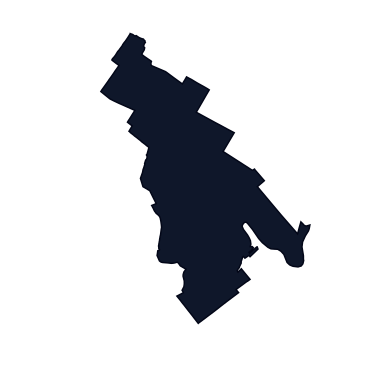 Independenta, Galati, Romania, rotated 297°
{"feature_id": "2599482B33711175707299", "entity_name": "Independenta", "entity_type": "district", "adm_level": 2, "iso_a3": "ROU", "parent_name": "Romania", "parent_adm1": "Galati", "projection": "orthographic", "projection_center": [27.763, 45.478], "detail": "fine", "context": "isolated", "style": "filled", "palette": "ink", "viewbox_px": 384, "rotation_deg": 297, "n_neighbors": 0, "source": "geoboundaries", "source_scale": "gbopen_adm2", "svg_char_len": 5259}
<svg xmlns="http://www.w3.org/2000/svg" viewBox="0 0 384 384"><g transform="rotate(297 192 192)"><path d="M305.1,65.0L304.6,65.1L303.8,65.0L300.4,64.7L298.0,64.4L296.5,64.2L295.9,64.1L295.5,64.0L294.1,63.7L292.0,63.4L290.4,63.4L287.0,62.8L286.5,62.7L284.9,62.5L284.1,62.2L283.3,62.0L282.7,62.0L280.8,61.8L280.6,61.9L278.6,61.6L276.9,61.3L276.3,61.1L275.1,60.8L274.7,60.7L273.7,60.6L273.3,60.7L273.1,60.9L272.6,63.8L272.1,66.4L271.8,68.7L271.7,69.5L270.0,69.3L268.5,69.1L267.6,69.0L265.9,68.7L265.3,68.6L262.5,68.3L261.7,68.2L259.5,67.9L258.1,67.7L256.7,67.5L254.9,67.2L254.3,67.1L253.2,67.0L251.7,66.8L249.1,66.4L244.4,65.7L243.8,65.6L241.8,65.3L240.1,65.2L238.4,73.3L237.7,76.6L237.7,80.8L237.9,87.3L238.0,88.6L238.1,90.6L238.4,96.3L238.8,104.1L238.3,104.0L235.9,103.8L235.4,103.8L235.0,103.7L234.9,103.7L234.6,103.7L234.4,103.7L234.0,103.6L233.8,103.6L232.7,103.5L232.3,103.5L230.2,103.3L228.9,103.2L226.4,102.9L225.7,102.9L225.0,102.8L224.9,102.8L223.9,107.8L223.8,108.7L220.7,108.5L217.5,108.3L217.4,109.4L217.0,109.8L216.1,114.6L215.9,115.0L215.4,118.0L214.8,120.8L214.5,122.5L214.3,123.2L214.1,123.8L213.7,125.4L213.7,125.7L213.6,126.4L213.4,127.3L213.2,128.6L213.1,129.0L212.8,130.1L212.6,131.0L212.6,131.5L212.2,133.2L212.0,133.4L211.6,133.5L211.1,133.6L207.8,134.3L206.8,134.5L205.4,134.8L204.9,134.7L204.7,134.7L204.3,134.6L204.0,135.0L203.9,135.3L203.9,135.6L203.6,135.8L203.3,135.8L203.2,135.8L203.0,136.0L202.9,136.1L202.7,136.1L202.4,136.2L201.8,136.5L201.2,136.5L200.4,136.6L200.0,136.6L199.8,136.6L199.6,136.3L199.5,136.2L195.8,136.9L195.7,137.3L195.2,137.4L191.2,138.1L190.8,138.1L189.9,138.2L189.5,138.3L188.2,138.7L187.5,138.9L186.7,139.1L180.7,139.9L174.5,145.9L174.0,153.8L169.6,159.7L165.4,165.4L161.7,162.2L161.1,163.1L160.5,163.9L160.2,164.4L158.8,166.2L158.6,166.4L158.2,167.0L157.8,167.6L157.5,168.3L157.1,169.2L156.7,169.7L156.6,170.3L156.5,171.0L156.3,171.6L156.2,172.2L156.0,172.9L155.9,173.2L155.7,173.6L155.3,174.3L154.9,174.9L154.7,175.2L154.4,175.5L154.1,175.7L152.9,176.7L151.6,177.7L150.3,178.6L149.0,179.5L147.6,180.4L147.1,180.7L146.8,180.9L146.3,181.1L144.9,181.5L143.5,182.0L142.1,182.5L140.7,183.0L139.5,183.4L138.9,183.6L138.5,183.6L138.2,183.7L137.5,183.9L136.4,184.3L136.2,184.3L135.0,184.7L133.7,185.2L132.5,185.5L131.8,185.8L131.2,185.9L130.5,186.2L130.2,186.3L129.4,186.5L129.0,186.6L128.5,186.8L128.3,187.0L128.1,187.2L128.0,187.4L127.8,187.5L127.4,187.6L127.1,187.7L126.9,187.8L126.7,188.0L126.4,188.4L126.3,188.7L126.2,189.0L125.8,189.2L125.7,189.3L125.5,189.2L125.2,189.2L124.9,189.0L124.8,188.8L124.7,188.6L124.4,188.5L124.3,188.3L124.2,188.2L124.0,188.3L123.1,188.5L122.4,188.8L120.6,189.4L119.8,189.6L119.5,189.8L115.8,194.3L115.5,196.1L115.6,196.7L115.9,197.9L116.5,199.4L117.6,202.0L118.4,204.1L119.1,206.0L119.9,207.3L120.9,208.7L122.8,210.7L122.4,212.3L120.9,215.1L120.5,221.7L117.1,221.1L114.5,221.6L112.9,222.3L109.2,225.5L106.5,226.9L103.9,227.8L101.7,227.8L99.9,227.8L98.7,229.7L98.3,230.0L96.6,228.8L95.6,228.1L92.4,225.8L92.0,226.7L91.6,227.6L90.0,231.2L89.2,232.8L88.1,235.2L88.1,235.3L86.4,238.9L84.7,242.5L81.3,249.9L81.2,250.0L77.8,257.2L78.1,257.3L96.1,266.1L106.9,271.1L108.0,271.7L109.8,272.5L123.5,279.2L125.1,275.5L137.7,281.8L137.7,282.0L140.5,283.4L142.0,279.9L145.4,272.1L146.0,270.8L141.4,269.4L141.5,269.0L142.1,268.8L142.4,268.0L142.7,268.0L143.9,268.0L145.7,268.4L146.4,268.4L147.4,268.2L151.0,268.1L152.2,267.4L155.0,267.0L157.2,266.6L157.9,266.9L157.1,269.2L161.5,271.6L160.7,273.1L166.4,275.1L171.1,276.7L172.7,275.0L172.4,274.6L163.5,271.2L164.2,270.1L166.8,271.2L170.2,272.0L170.7,270.4L170.1,269.5L169.8,268.7L172.3,268.1L175.2,266.1L177.2,263.6L178.9,261.0L182.0,254.8L183.6,252.9L184.1,252.3L185.1,252.0L186.5,252.0L187.4,252.2L188.6,252.5L189.4,253.3L189.7,254.4L189.1,256.2L186.1,262.9L180.8,272.6L178.8,277.7L177.2,284.8L177.2,288.1L178.4,291.0L179.9,294.4L179.6,298.2L178.1,302.2L174.4,306.4L172.4,308.7L171.4,312.1L171.5,314.2L171.7,315.8L173.4,320.5L175.7,322.9L178.3,323.4L181.7,322.6L182.7,321.8L185.8,320.2L193.0,314.9L197.7,313.2L204.3,312.9L208.8,313.3L210.3,313.4L212.5,313.1L216.1,312.0L215.4,311.3L213.4,309.1L213.2,307.2L213.4,306.7L214.1,304.9L214.6,303.2L214.8,302.6L208.7,303.8L202.6,305.1L211.9,282.0L217.7,268.3L226.4,247.8L234.9,251.3L240.3,238.1L240.8,237.3L238.7,235.9L242.2,201.3L264.0,202.7L264.1,194.1L264.3,187.4L264.4,180.9L265.0,159.6L276.0,160.2L284.1,160.6L290.8,161.0L291.0,159.2L291.2,155.7L291.5,147.4L291.6,145.7L292.0,140.4L292.0,138.3L292.0,138.0L292.1,134.9L287.9,134.7L287.3,134.6L285.6,134.5L283.9,134.3L285.5,124.1L287.1,114.7L287.2,113.8L287.2,113.2L286.2,98.4L286.7,97.8L287.2,97.5L287.8,97.1L288.5,96.7L288.9,96.7L289.6,96.7L289.9,96.6L290.1,96.3L290.1,96.1L290.4,93.8L290.6,92.1L291.1,88.3L291.3,87.1L291.8,84.9L292.3,84.7L294.2,84.7L296.7,84.9L297.8,84.7L299.1,84.3L299.5,83.2L299.7,82.9L300.3,82.6L300.8,82.5L301.2,82.3L301.5,82.3L301.9,82.3L302.8,82.3L304.0,82.5L304.1,82.0L304.7,81.9L304.9,81.8L305.2,81.6L305.4,81.3L305.4,80.8L305.7,80.2L305.8,80.0L306.0,79.8L306.2,79.2L306.0,78.8L305.9,77.8L305.7,76.8L305.6,74.3L305.8,73.0L306.0,71.3L306.0,71.2L305.9,71.1L305.7,71.0L305.4,71.0L305.1,69.8L305.1,69.3L305.3,68.6L305.4,67.9L305.4,67.3L305.1,65.3L305.1,65.0Z" fill="#0f172a" stroke="#020617" stroke-width="1.5"/></g></svg>